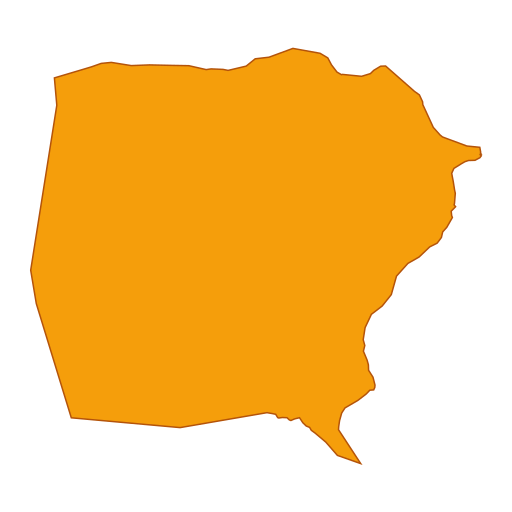 Chiquihuitlán de Benito Juárez, Oaxaca, Mexico
{"feature_id": "50627088B93670020646258", "entity_name": "Chiquihuitlán de Benito Juárez", "entity_type": "district", "adm_level": 2, "iso_a3": "MEX", "parent_name": "Mexico", "parent_adm1": "Oaxaca", "projection": "mercator", "projection_center": [-96.732, 17.989], "detail": "fine", "context": "isolated", "style": "filled", "palette": "amber", "viewbox_px": 512, "rotation_deg": 0, "n_neighbors": 0, "source": "geoboundaries", "source_scale": "gbopen_adm2", "svg_char_len": 1522}
<svg xmlns="http://www.w3.org/2000/svg" viewBox="0 0 512 512"><path d="M414.5,91.4L385.6,66.0L380.6,66.2L373.8,70.3L370.4,73.6L361.6,76.3L342.4,74.4L341.5,74.7L337.0,72.1L331.5,64.9L327.8,57.9L320.1,53.3L292.9,48.4L269.0,57.2L255.2,58.8L246.2,66.1L228.1,70.4L223.1,69.4L211.1,68.9L206.2,69.6L188.9,65.7L172.1,65.4L149.5,64.9L131.3,65.6L111.3,62.4L101.2,63.4L91.6,66.8L81.3,69.9L54.4,77.9L56.8,105.3L30.7,270.2L36.3,303.6L71.3,417.8L180.1,427.6L266.8,412.7L267.4,412.7L267.7,412.8L271.9,413.5L275.7,414.3L277.7,417.6L278.8,418.0L282.4,417.5L284.3,417.6L287.0,417.7L289.3,419.9L290.9,420.5L294.6,418.9L299.5,417.7L302.1,421.6L302.8,422.7L306.2,426.0L309.6,427.4L311.3,430.3L315.0,433.0L325.8,442.1L337.4,455.4L360.7,463.6L338.5,429.7L338.7,426.6L339.6,420.5L341.7,413.0L345.0,407.9L358.0,400.3L366.3,393.9L369.8,390.2L373.7,389.9L374.8,387.4L375.0,385.1L373.0,377.2L368.6,370.3L368.5,367.9L368.4,364.8L367.1,360.1L363.4,351.2L364.8,345.5L363.2,339.7L365.1,327.6L371.4,314.3L382.2,306.0L391.3,294.6L396.5,276.1L407.9,263.4L419.1,257.0L429.7,246.9L437.2,243.1L441.4,237.5L442.7,231.9L446.8,227.3L452.4,217.5L451.7,215.7L451.2,211.2L455.6,206.7L454.1,204.9L454.5,203.4L455.3,193.3L454.6,190.1L453.3,181.8L451.7,173.3L453.9,168.4L461.1,163.9L464.9,161.7L468.5,160.5L475.0,160.3L479.9,157.7L481.3,155.8L480.2,154.8L481.3,154.2L480.4,153.1L480.7,152.3L479.8,147.3L466.8,146.0L446.6,138.5L442.4,136.9L439.9,134.8L433.3,127.4L422.8,104.6L422.6,101.8L419.4,94.9L414.5,91.4Z" fill="#f59e0b" stroke="#b45309" stroke-width="1.5"/></svg>